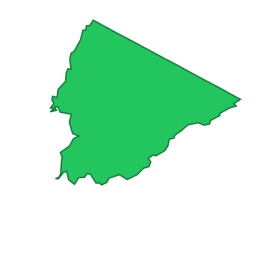 the district of Morehouse, Louisiana, United States of America, rotated 28°
{"feature_id": "52423323B62333237786738", "entity_name": "Morehouse", "entity_type": "district", "adm_level": 2, "iso_a3": "USA", "parent_name": "United States of America", "parent_adm1": "Louisiana", "projection": "mercator", "projection_center": [-91.791, 32.757], "detail": "fine", "context": "isolated", "style": "filled", "palette": "green", "viewbox_px": 256, "rotation_deg": 28, "n_neighbors": 0, "source": "geoboundaries", "source_scale": "gbopen_adm2", "svg_char_len": 1229}
<svg xmlns="http://www.w3.org/2000/svg" viewBox="0 0 256 256"><g transform="rotate(28 128 128)"><path d="M213.7,49.9L209.1,50.0L207.2,49.9L199.6,49.9L196.7,49.7L181.1,49.7L177.7,49.6L175.8,49.8L175.7,49.8L168.0,49.7L165.7,49.7L163.3,49.7L163.1,49.7L134.6,49.4L129.5,49.6L97.8,49.4L78.1,49.4L77.6,49.5L46.7,49.2L46.2,55.4L43.3,57.4L44.8,61.4L42.3,62.8L44.7,72.6L44.5,85.4L42.7,88.8L44.2,94.3L50.1,102.9L47.2,104.0L47.5,107.9L51.0,116.3L48.2,126.5L51.0,134.4L46.5,135.5L47.7,138.8L51.1,141.2L50.2,146.6L53.6,146.2L51.7,150.2L56.5,145.9L53.2,143.9L56.1,142.1L60.7,145.8L71.5,142.4L73.5,150.3L81.7,158.9L88.3,158.2L84.9,163.1L84.8,171.5L79.8,181.3L84.5,185.5L84.1,186.7L90.0,199.7L90.2,203.8L87.8,206.8L90.4,205.5L91.8,197.5L94.1,195.0L100.1,201.6L107.2,202.8L107.7,195.0L112.8,191.8L113.3,187.6L116.5,186.3L125.6,191.6L128.3,190.0L131.4,190.6L134.7,186.2L134.8,181.1L142.4,173.2L151.4,173.8L158.0,164.8L160.5,156.2L164.6,152.3L164.0,147.3L160.1,145.2L162.8,140.0L165.7,139.5L171.1,130.7L171.6,125.2L169.7,118.6L173.2,115.4L172.8,112.1L176.3,105.2L179.3,97.2L187.6,90.3L193.7,89.8L198.2,86.1L197.2,82.7L203.2,73.9L202.1,72.1L208.3,62.5L213.2,57.8L210.0,56.9L213.7,49.9Z" fill="#22c55e" stroke="#15803d" stroke-width="1.5"/></g></svg>